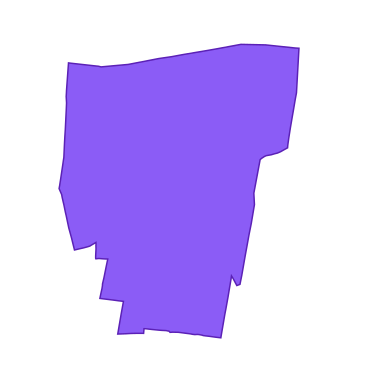 the district of Bechet, Romania, rotated 170°
{"feature_id": "2599482B89489241189907", "entity_name": "Bechet", "entity_type": "district", "adm_level": 2, "iso_a3": "ROU", "parent_name": "Romania", "parent_adm1": "", "projection": "natural_earth1", "projection_center": [23.959, 43.776], "detail": "fine", "context": "isolated", "style": "filled", "palette": "violet", "viewbox_px": 384, "rotation_deg": 170, "n_neighbors": 0, "source": "geoboundaries", "source_scale": "gbopen_adm2", "svg_char_len": 2070}
<svg xmlns="http://www.w3.org/2000/svg" viewBox="0 0 384 384"><g transform="rotate(170 192 192)"><path d="M289.8,65.0L281.8,63.9L276.7,63.3L271.5,62.5L266.4,61.6L264.2,61.2L263.0,65.7L262.4,65.6L261.1,65.3L255.4,63.6L249.3,61.9L245.9,61.0L241.5,60.0L240.1,59.4L238.9,59.0L238.4,58.3L238.0,57.6L237.4,57.5L235.8,57.4L230.8,56.4L229.8,56.2L222.5,53.9L219.9,53.1L218.0,52.5L216.3,51.8L214.0,51.1L213.2,51.0L212.2,50.9L211.4,50.8L210.6,50.6L209.6,50.3L208.6,49.9L207.5,49.5L206.6,49.1L206.0,48.7L205.3,48.5L203.8,48.0L200.4,47.0L197.0,45.9L193.9,44.9L191.6,44.2L188.9,43.4L188.4,44.9L180.8,66.1L179.0,70.8L174.7,82.5L171.2,92.4L168.6,99.7L167.7,102.5L166.6,99.8L164.1,92.1L160.8,92.7L157.4,101.4L151.0,119.1L145.3,134.5L143.2,140.2L139.1,150.7L132.7,168.7L131.3,180.1L119.6,211.2L119.5,211.7L118.9,212.3L117.7,213.0L116.6,213.5L114.5,214.4L112.6,214.9L111.1,214.9L107.4,214.9L104.2,215.3L101.1,215.5L97.7,216.3L94.1,217.6L90.2,218.9L89.5,221.6L87.1,229.0L83.9,238.3L80.0,249.2L78.0,254.7L74.2,265.4L71.9,271.5L61.7,315.0L65.4,315.9L94.0,324.1L118.2,328.9L143.3,328.7L150.1,328.7L151.7,328.7L176.7,328.9L188.5,328.8L201.4,329.2L232.6,328.7L259.8,331.0L262.3,332.1L264.8,332.8L288.7,339.8L291.2,340.6L298.0,313.6L298.5,311.3L298.8,310.1L299.0,309.2L299.3,308.0L300.1,301.4L301.8,293.7L306.0,275.2L307.8,267.8L309.3,261.3L312.2,248.3L313.2,245.4L314.2,242.3L315.6,238.1L317.5,232.4L319.5,226.4L320.9,222.3L321.0,221.9L321.8,219.8L322.3,218.4L320.8,212.1L320.8,209.5L320.6,205.1L320.4,202.0L320.2,194.0L320.0,190.3L319.6,178.1L319.0,171.7L318.6,167.3L318.2,161.1L317.8,155.3L312.7,155.6L308.6,155.8L304.1,156.2L301.9,156.5L301.0,156.9L298.9,157.7L297.2,158.3L295.4,159.0L295.7,156.6L296.0,155.7L296.0,155.3L296.1,154.7L296.4,152.7L297.9,146.1L298.3,144.0L298.4,143.0L298.2,142.9L295.3,142.7L291.9,141.8L289.4,141.2L286.6,140.6L286.8,140.1L289.4,133.6L291.0,129.5L293.7,122.6L296.1,117.0L296.5,115.2L297.5,112.3L298.1,110.9L300.3,105.5L301.2,103.2L297.0,101.9L288.8,99.4L283.5,97.7L278.5,96.2L283.0,84.0L289.8,65.0Z" fill="#8b5cf6" stroke="#5b21b6" stroke-width="1.5"/></g></svg>